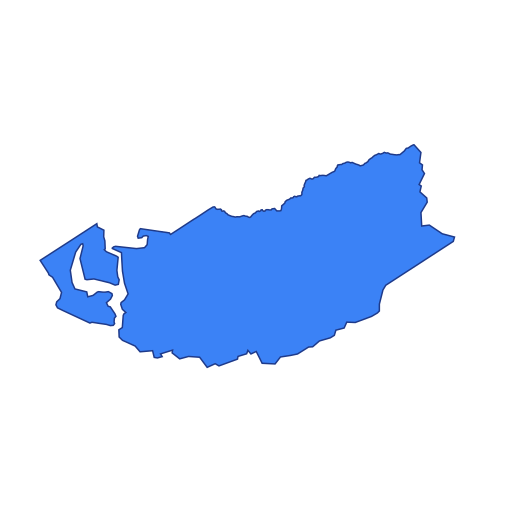 Pierce, Washington, United States of America (Natural Earth projection), rotated 327°
{"feature_id": "52423323B40988222589259", "entity_name": "Pierce", "entity_type": "district", "adm_level": 2, "iso_a3": "USA", "parent_name": "United States of America", "parent_adm1": "Washington", "projection": "natural_earth1", "projection_center": [-122.103, 47.066], "detail": "fine", "context": "isolated", "style": "filled", "palette": "blue", "viewbox_px": 512, "rotation_deg": 327, "n_neighbors": 0, "source": "geoboundaries", "source_scale": "gbopen_adm2", "svg_char_len": 4165}
<svg xmlns="http://www.w3.org/2000/svg" viewBox="0 0 512 512"><g transform="rotate(327 256 256)"><path d="M100.8,243.2L97.1,249.4L98.1,254.0L105.6,265.7L106.6,273.2L117.7,279.1L115.4,285.6L117.8,287.8L122.5,289.3L122.6,286.1L134.8,289.5L132.9,291.6L136.0,300.7L144.7,303.5L153.6,310.2L154.4,322.8L163.1,324.1L165.1,328.0L184.3,332.4L186.2,330.4L194.9,332.9L197.8,330.7L198.4,335.4L204.2,336.2L203.4,343.6L202.7,349.3L213.2,356.9L221.5,354.0L230.8,358.2L237.5,360.8L250.5,361.0L254.1,363.0L262.9,361.8L273.8,365.1L278.5,365.2L282.6,361.7L290.7,364.4L296.1,360.9L303.0,365.8L320.0,369.6L326.8,369.9L329.5,369.3L333.3,363.5L344.0,353.6L348.9,351.2L429.4,351.2L432.8,348.2L424.3,338.8L418.2,324.5L411.3,321.1L418.0,309.4L428.9,304.1L430.8,300.3L428.4,291.5L432.7,287.3L431.7,284.9L442.2,278.6L442.2,274.1L445.2,270.3L443.9,266.9L450.7,259.0L449.1,248.8L448.6,248.5L445.8,248.2L442.4,248.3L440.7,247.6L439.4,248.0L437.7,248.7L435.1,249.0L431.9,249.4L430.9,248.7L429.1,247.9L427.1,246.3L425.7,245.0L424.2,243.8L423.6,242.8L423.0,241.7L422.4,241.1L421.4,240.7L420.5,239.6L420.1,239.0L419.3,238.9L418.7,239.0L417.7,238.8L416.1,238.4L415.5,237.9L414.8,236.9L413.5,236.8L412.1,236.7L410.7,236.3L408.6,236.4L406.8,236.8L405.5,236.7L403.4,236.8L402.3,237.2L401.4,237.8L400.2,237.8L398.9,237.9L397.6,237.6L396.8,237.9L395.8,238.1L395.0,238.0L393.5,237.5L392.4,237.1L392.1,236.2L391.1,234.8L389.8,233.3L388.7,231.6L387.6,229.9L386.1,229.4L385.6,228.6L384.4,227.3L383.4,226.8L382.3,226.5L381.0,226.5L379.2,225.8L377.6,225.9L376.5,225.2L375.2,224.7L374.4,224.2L373.3,224.7L372.7,225.5L371.2,225.9L370.0,226.4L368.7,227.5L367.5,227.7L365.6,227.3L363.5,227.2L360.6,227.1L358.6,227.0L357.2,225.7L355.9,224.7L353.4,223.4L352.9,222.8L352.2,223.1L351.7,223.4L350.2,223.1L349.1,222.6L347.9,221.8L346.1,222.3L344.8,222.0L343.6,220.2L342.5,220.0L341.0,219.9L339.9,220.0L339.1,219.8L338.0,220.8L336.4,221.8L334.9,222.9L334.3,224.2L332.5,224.7L330.9,226.4L329.2,227.5L328.4,228.8L327.8,229.5L326.2,229.8L325.1,229.1L323.3,228.4L322.5,228.6L321.5,227.8L321.0,227.0L319.8,226.8L319.0,227.3L317.5,226.9L317.0,226.3L314.9,226.6L312.3,226.0L310.1,226.3L309.2,227.2L307.4,227.6L304.9,227.9L303.8,229.4L303.0,230.4L301.6,231.5L300.4,231.1L298.0,229.5L297.5,226.3L295.1,225.2L293.8,225.6L292.2,224.6L291.5,223.8L290.1,222.9L288.9,222.7L287.9,223.2L286.7,222.5L286.3,221.3L286.4,220.6L285.4,220.1L284.7,220.6L282.9,220.4L282.6,219.6L280.8,219.0L279.0,219.5L277.0,219.2L275.5,219.5L273.8,220.0L273.2,220.3L271.8,220.3L270.9,219.4L270.3,218.0L268.8,216.8L267.9,215.5L266.2,214.9L263.7,214.3L261.4,212.7L259.7,212.0L258.7,210.8L257.3,209.6L256.0,207.8L254.9,206.1L254.7,204.6L254.1,203.6L253.9,202.4L254.0,201.4L253.2,200.4L252.4,200.2L251.9,199.9L251.8,199.0L252.2,198.4L251.7,197.2L250.9,196.9L249.0,195.8L248.2,194.9L248.1,193.6L248.2,192.8L247.9,192.1L246.6,191.5L240.9,191.3L232.4,191.4L227.5,191.4L224.7,191.4L223.9,191.3L206.6,191.4L196.9,191.4L196.0,191.3L196.0,189.5L173.9,170.1L172.5,170.6L167.4,174.9L166.9,176.9L170.2,178.4L172.3,177.9L175.1,179.1L176.3,180.9L174.0,183.2L170.9,187.2L168.8,187.8L167.0,188.3L159.8,184.7L143.5,171.4L141.6,170.8L139.7,171.1L139.6,171.5L145.0,179.9L142.2,184.7L136.1,195.4L135.8,195.9L130.9,207.2L128.1,218.1L121.8,221.2L117.5,221.6L116.2,222.9L114.9,227.9L116.1,232.5L113.7,232.6L112.3,233.5L104.9,243.2L100.8,243.2ZM72.1,159.0L73.8,163.0L73.1,180.6L68.4,185.0L63.9,185.9L61.6,188.0L61.3,191.4L64.1,196.1L80.2,221.8L82.3,222.2L85.8,225.3L87.8,227.1L93.3,231.9L96.0,235.1L98.5,236.4L100.6,235.7L101.0,234.1L103.4,231.0L105.7,230.3L106.2,227.6L106.1,219.3L104.6,217.6L105.1,213.7L110.5,212.9L114.0,210.9L114.7,209.1L112.8,205.5L109.9,204.2L107.9,202.9L104.6,200.2L103.2,199.8L98.0,200.3L96.9,200.0L92.7,198.6L94.5,193.9L86.2,185.0L87.3,178.0L92.5,166.8L106.9,154.5L115.5,150.8L117.3,151.3L116.6,153.3L107.0,162.3L100.0,182.4L101.3,183.8L107.6,187.0L118.6,198.7L122.0,203.7L125.1,204.8L128.3,201.4L128.7,198.2L131.5,192.3L139.7,182.0L139.0,180.2L133.4,171.8L132.8,170.8L132.2,168.1L133.4,167.9L137.5,161.0L138.7,157.0L142.5,151.5L138.8,145.2L140.1,142.2L108.9,142.2L72.6,142.1L72.6,157.2L72.1,159.0Z" fill="#3b82f6" stroke="#1e3a8a" stroke-width="1.5"/></g></svg>